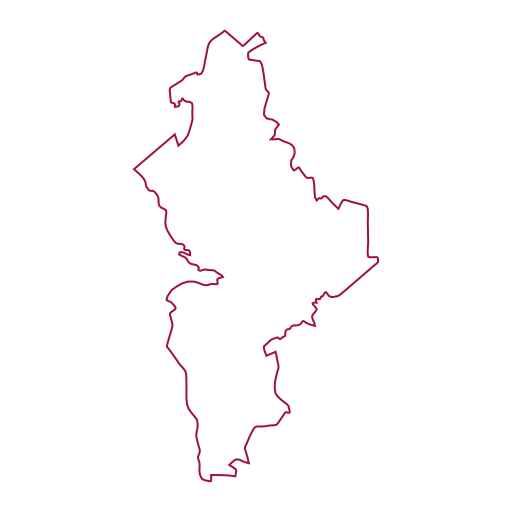 an SVG outline of Nuevo León
{"feature_id": "MEX-2714", "entity_name": "Nuevo León", "entity_type": "State", "adm_level": 1, "iso_a3": "MEX", "parent_name": "Mexico", "parent_adm1": "", "projection": "orthographic", "projection_center": [-99.943, 25.492], "detail": "fine", "context": "isolated", "style": "outline", "palette": "rose", "viewbox_px": 512, "rotation_deg": 0, "n_neighbors": 0, "source": "natural_earth", "source_scale": "10m", "svg_char_len": 6061}
<svg xmlns="http://www.w3.org/2000/svg" viewBox="0 0 512 512"><path d="M257.4,32.9L258.4,33.8L259.1,35.1L260.2,36.4L261.0,36.8L262.6,37.3L263.2,37.7L263.5,38.5L263.7,39.7L264.0,40.7L264.7,41.1L265.8,42.8L261.1,44.9L256.8,47.1L252.5,49.6L248.5,52.4L248.1,53.7L248.1,56.1L248.4,58.4L249.0,59.5L260.0,61.2L261.8,64.3L263.2,70.9L264.8,82.6L265.3,86.6L265.7,88.8L266.4,90.2L268.3,91.9L268.9,93.3L268.5,95.1L266.1,102.7L264.4,109.0L264.0,115.0L266.8,118.5L267.7,118.5L268.4,118.7L269.5,119.1L272.9,119.7L273.9,120.6L275.9,121.6L276.9,122.2L277.4,122.9L277.6,123.6L278.0,124.2L278.9,124.5L277.7,126.2L276.3,127.9L275.2,129.8L274.9,132.0L274.8,134.6L273.9,136.1L272.6,137.5L271.0,139.3L274.6,139.3L278.2,139.0L279.3,139.2L280.6,139.8L283.1,141.1L289.1,143.3L292.0,145.1L293.9,147.6L294.6,150.5L294.6,153.3L293.9,156.0L292.7,158.4L291.5,159.9L291.2,160.7L291.1,162.1L291.0,164.0L291.1,165.6L291.5,167.1L292.5,168.7L294.0,170.4L296.0,169.3L297.9,167.6L299.1,167.5L300.5,170.0L301.3,171.2L302.2,172.3L306.0,177.2L307.3,177.9L308.6,178.0L311.3,177.6L312.6,177.8L313.2,178.7L313.8,181.6L314.3,186.1L314.5,192.3L315.2,197.8L316.8,200.5L317.4,199.9L318.4,198.7L318.9,198.2L319.6,198.1L320.8,198.5L321.5,198.4L322.0,198.0L322.7,196.8L323.4,196.4L325.2,196.1L326.8,196.9L328.1,198.2L331.6,202.1L333.8,204.4L338.4,208.8L340.7,204.0L342.1,201.5L343.5,200.0L345.2,200.0L347.7,200.6L352.0,202.0L357.5,203.4L366.5,205.9L367.7,208.4L368.0,213.6L367.8,222.6L368.2,242.6L367.7,250.1L367.7,254.3L368.3,256.8L369.6,257.2L371.8,257.3L375.5,257.1L376.9,257.2L377.6,257.5L377.9,258.4L378.0,261.9L376.9,263.3L374.0,265.6L340.9,294.1L339.2,295.3L337.5,296.2L335.3,296.5L333.2,297.0L331.0,296.9L329.0,296.0L327.6,294.2L326.2,292.2L325.1,292.4L324.0,294.1L322.7,296.2L321.2,296.6L320.6,297.9L319.8,299.1L318.1,299.1L316.4,298.9L315.9,299.6L316.1,301.1L316.6,302.7L315.4,302.5L313.7,302.7L312.6,303.3L312.9,304.4L315.1,306.7L316.2,308.2L316.7,309.2L316.2,310.3L315.3,311.7L313.3,313.9L312.2,315.9L312.3,318.1L313.1,320.3L314.2,322.4L314.6,324.1L314.9,325.9L312.7,325.3L310.3,324.6L307.9,323.7L306.0,322.7L304.3,321.4L303.3,321.0L302.4,321.5L301.2,323.1L300.5,324.0L299.6,324.6L298.6,325.0L297.6,325.2L295.5,325.5L294.0,325.4L292.6,325.7L291.0,326.9L290.7,327.5L290.5,328.0L290.2,328.5L289.4,328.9L288.8,329.1L287.5,329.3L286.9,329.6L285.8,330.7L285.4,331.8L285.3,334.9L285.0,336.0L284.5,336.4L283.7,336.6L282.8,337.0L281.5,338.2L280.8,338.8L280.0,339.0L279.3,338.8L278.0,337.6L277.3,337.5L273.5,338.7L271.6,339.5L270.2,340.5L268.7,342.0L267.1,343.5L264.0,346.3L263.9,348.3L264.6,350.9L266.4,355.8L275.6,351.8L278.3,364.8L278.5,366.6L278.4,368.3L277.1,372.8L275.3,380.4L274.8,383.8L274.8,388.5L275.4,393.0L276.9,395.6L281.1,399.7L282.7,401.0L286.0,403.5L287.4,404.7L288.5,406.1L289.5,410.5L289.8,411.7L289.6,412.6L288.7,412.8L286.1,412.2L285.1,412.7L277.9,423.2L276.4,424.8L273.9,425.3L271.2,425.4L268.8,425.6L266.3,426.1L263.7,426.4L261.1,426.5L258.6,426.4L257.5,426.5L256.5,426.6L255.6,426.9L254.8,427.4L253.7,428.8L252.6,430.6L249.6,436.6L246.5,444.0L245.4,446.1L245.0,447.2L244.8,448.3L245.9,452.0L247.0,455.7L248.9,463.2L246.5,462.6L244.2,461.9L241.8,460.9L239.6,459.8L236.6,459.3L234.1,460.5L231.7,462.7L229.2,465.0L233.5,467.6L235.6,469.2L236.3,470.8L235.3,476.3L229.4,475.5L223.3,475.2L211.1,475.0L211.2,480.1L210.9,481.1L209.9,481.3L204.6,480.2L202.5,479.2L201.0,477.4L200.0,474.6L199.6,472.4L199.4,470.6L199.6,464.9L199.5,463.2L199.2,461.8L198.2,458.9L198.0,457.4L198.4,455.8L199.6,452.6L199.8,450.9L199.7,449.6L199.3,448.2L198.5,445.5L196.7,438.6L196.2,435.1L196.7,431.6L197.4,428.6L197.7,425.6L197.5,422.6L196.8,419.4L194.1,415.9L191.2,412.4L188.6,408.7L187.1,404.4L186.5,399.3L186.4,394.1L186.5,388.8L186.4,383.6L186.3,377.4L186.1,374.2L185.4,371.4L184.2,369.5L182.6,367.6L179.4,364.0L173.3,355.1L170.1,350.7L166.8,346.5L167.9,341.9L171.9,328.4L172.4,325.9L172.3,323.7L171.8,321.5L171.1,318.9L170.3,316.2L169.9,314.3L170.3,312.9L172.1,311.4L174.0,310.2L175.3,309.0L175.6,307.6L174.4,305.8L171.7,302.8L170.2,301.6L168.5,301.2L166.5,299.8L167.6,296.1L170.2,292.0L172.3,289.5L177.3,286.1L182.4,283.3L187.8,281.6L193.7,281.6L196.0,282.1L198.3,282.9L202.7,284.6L204.9,285.2L206.9,285.2L208.8,284.7L211.0,284.0L212.6,283.9L214.5,284.1L216.3,284.2L217.6,283.7L217.6,283.0L217.3,280.6L217.3,279.7L217.7,278.9L218.5,278.4L219.3,278.0L222.9,277.1L221.8,275.6L216.8,272.4L214.7,270.7L213.7,270.4L208.9,270.0L207.3,269.8L205.7,269.5L204.1,269.6L200.6,270.7L199.1,270.5L198.3,269.7L198.4,268.9L198.8,268.1L198.7,267.2L196.5,265.1L193.2,264.4L190.0,263.5L187.7,261.0L187.1,259.2L185.1,257.4L181.7,255.9L179.1,254.5L179.6,252.5L181.9,252.1L184.8,253.1L187.7,254.5L190.1,255.2L190.1,252.7L189.8,251.5L189.2,250.6L188.1,250.1L185.3,250.0L184.4,249.5L184.2,248.6L184.4,247.6L184.5,246.4L184.1,245.5L183.3,244.8L182.6,244.3L181.9,244.0L180.9,243.9L178.7,243.8L176.9,243.5L175.4,242.6L173.8,240.7L171.6,237.5L169.4,234.2L167.5,230.7L166.0,227.0L165.4,223.6L165.5,219.9L165.9,216.2L166.4,212.7L166.0,210.2L163.8,208.8L161.2,207.6L159.4,205.9L158.6,203.3L158.6,200.6L158.4,197.9L157.4,195.4L156.4,194.0L155.1,192.4L153.6,191.2L152.1,190.8L150.4,190.8L149.3,190.5L148.4,189.6L147.2,187.9L146.3,186.4L145.9,184.9L145.3,181.5L143.3,178.1L140.3,174.8L134.0,169.2L153.4,152.6L174.8,134.4L178.4,145.6L181.5,142.9L184.4,140.0L187.4,136.0L189.3,131.3L192.1,121.2L192.5,119.3L192.5,117.3L192.3,113.4L192.5,108.1L192.4,105.1L191.9,103.1L190.2,102.1L185.4,101.3L183.8,100.1L182.7,98.5L182.1,98.6L181.7,99.7L181.2,101.1L180.6,101.3L179.1,101.4L178.6,101.9L178.6,102.6L179.0,103.1L179.4,103.5L179.6,104.0L179.2,105.5L178.3,106.3L176.8,106.6L174.9,106.9L175.1,104.4L174.0,103.3L172.4,102.9L170.9,102.3L169.7,90.5L169.9,88.6L170.8,87.4L181.7,80.6L182.8,79.6L184.8,77.0L186.1,76.1L196.2,72.5L196.8,72.6L197.0,73.2L197.2,74.0L197.7,74.5L198.4,74.5L201.1,73.7L202.8,71.1L204.1,66.3L205.0,61.0L206.6,53.4L207.3,49.4L208.2,45.5L209.6,42.4L212.0,39.8L215.2,37.4L218.5,35.3L221.4,33.3L224.3,31.0L224.9,30.7L240.7,44.2L242.1,45.6L242.8,46.0L243.5,45.7L255.1,34.8L257.4,32.9Z" fill="none" stroke="#9f1239" stroke-width="2"/></svg>